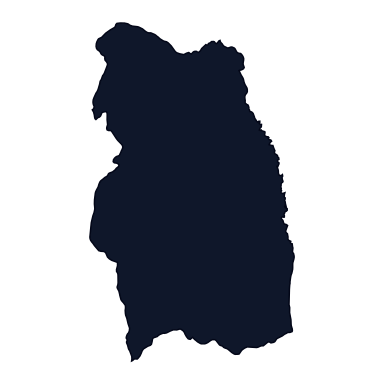 Buritis, Minas Gerais, Brazil (Equal Earth projection)
{"feature_id": "56859067B61021153009165", "entity_name": "Buritis", "entity_type": "district", "adm_level": 2, "iso_a3": "BRA", "parent_name": "Brazil", "parent_adm1": "Minas Gerais", "projection": "equal_earth", "projection_center": [-46.564, -15.44], "detail": "fine", "context": "isolated", "style": "filled", "palette": "ink", "viewbox_px": 384, "rotation_deg": 0, "n_neighbors": 0, "source": "geoboundaries", "source_scale": "gbopen_adm2", "svg_char_len": 5954}
<svg xmlns="http://www.w3.org/2000/svg" viewBox="0 0 384 384"><path d="M283.0,181.2L282.5,180.2L282.0,177.6L282.7,176.1L282.4,174.6L281.6,175.3L280.6,175.6L279.4,175.4L278.7,174.2L278.4,173.1L278.3,170.8L278.0,169.2L277.3,167.8L277.0,166.5L277.8,166.7L278.4,165.1L279.0,163.8L278.9,162.7L277.6,161.9L277.6,160.0L278.9,159.4L278.7,157.8L277.8,157.0L277.4,155.4L276.3,154.5L275.5,154.2L274.7,153.4L274.4,152.1L274.9,150.8L273.7,148.0L272.9,145.5L271.8,145.5L269.1,144.7L269.7,143.3L270.7,142.0L271.6,141.2L270.8,140.0L269.1,139.6L268.2,138.6L268.9,137.7L268.2,136.8L266.9,136.7L265.5,136.2L264.7,135.5L264.7,134.0L265.0,132.8L264.8,131.7L261.9,130.8L261.1,129.9L260.2,130.5L259.3,130.1L259.9,128.4L261.3,126.9L261.5,124.4L259.6,124.1L259.1,123.1L259.8,122.5L259.8,121.2L258.6,121.3L257.5,122.1L256.6,121.2L256.1,120.2L254.7,118.2L254.4,116.9L253.1,113.4L252.1,112.3L251.0,111.7L249.9,111.5L249.5,110.0L248.8,109.0L248.9,107.6L248.5,106.1L247.9,104.9L246.9,104.5L245.2,103.1L245.1,101.9L245.2,100.6L244.8,97.7L244.9,95.9L245.6,94.4L246.5,93.4L247.3,91.8L247.3,89.6L247.0,88.1L244.9,84.4L244.0,82.0L243.4,79.2L242.7,77.6L241.1,75.0L239.0,70.5L239.9,70.1L240.8,70.1L242.7,69.3L243.6,68.6L244.2,67.4L243.2,64.6L243.1,63.4L243.3,61.9L243.6,60.3L243.7,58.7L243.3,57.2L242.4,55.5L241.4,54.2L240.6,53.5L238.9,53.3L237.5,52.7L236.6,51.8L235.1,48.9L234.4,48.1L232.2,47.1L231.1,47.0L227.8,48.1L224.2,46.4L223.2,45.5L222.2,43.9L221.1,42.8L220.4,41.8L220.0,40.4L218.8,41.0L217.6,42.7L216.5,43.6L215.4,43.2L214.4,41.8L213.5,41.5L211.5,41.6L210.2,42.8L208.5,43.5L207.8,44.9L206.9,45.2L205.9,44.6L201.7,48.5L200.4,50.8L198.5,52.4L197.4,52.1L196.7,51.4L195.1,51.3L193.9,51.6L192.9,52.3L191.5,53.9L190.2,53.6L188.8,52.5L186.5,53.2L183.8,54.6L179.7,53.8L176.6,52.7L175.2,51.5L171.2,45.9L168.1,42.8L166.6,41.8L163.7,41.1L162.2,40.2L160.1,38.9L157.7,36.7L157.0,36.3L155.9,35.3L154.7,34.5L150.9,32.9L148.7,32.9L146.9,32.3L145.4,31.3L142.5,28.9L138.6,27.0L137.4,26.7L132.3,26.1L129.6,25.1L128.4,24.1L127.3,23.7L124.5,23.1L120.3,23.0L116.9,23.4L115.9,24.5L115.3,26.5L114.5,27.5L110.3,29.9L105.7,33.2L101.6,37.4L98.8,38.7L98.1,39.4L96.9,41.8L96.3,43.7L96.1,46.4L96.5,48.3L97.4,49.7L99.0,50.8L100.1,51.9L101.2,54.0L102.2,54.9L104.3,55.9L104.9,57.2L104.8,58.8L105.1,60.2L106.6,61.9L107.4,63.4L107.5,64.8L106.8,66.8L104.3,73.3L103.4,74.8L102.7,75.6L101.3,79.5L100.2,81.2L99.6,84.3L98.1,89.4L97.1,91.6L96.0,93.2L93.9,97.9L93.2,99.9L93.0,102.1L93.2,103.9L93.6,105.2L94.2,106.5L93.7,108.7L92.3,109.8L93.6,112.1L94.3,114.9L94.6,117.1L95.0,118.7L95.9,119.5L97.6,117.9L98.4,117.4L99.4,117.1L100.6,115.9L102.0,112.5L103.6,112.0L105.1,111.7L106.4,111.7L107.0,112.8L107.2,114.6L107.1,119.8L107.6,124.7L106.8,127.2L106.7,128.6L107.1,129.9L108.5,130.5L111.0,130.6L111.9,131.7L116.4,138.6L117.8,140.4L121.3,144.0L122.3,145.3L122.9,147.1L122.1,149.5L121.5,150.5L120.7,152.6L119.2,155.6L116.6,156.5L115.7,157.1L114.5,158.2L113.5,159.7L113.2,161.7L114.3,162.8L116.9,163.2L118.8,164.4L118.9,165.9L118.2,166.8L116.3,168.3L115.0,170.0L114.2,170.6L112.6,171.9L109.6,173.0L108.6,173.6L107.9,175.0L106.9,176.4L105.1,177.3L100.7,180.9L99.9,182.0L99.0,184.1L98.1,187.1L96.5,190.0L95.6,192.0L95.3,193.3L94.5,200.0L94.4,204.0L94.7,207.1L94.8,209.0L94.1,212.5L92.9,215.9L91.3,222.7L89.9,237.0L90.0,238.3L90.3,239.4L90.7,240.4L91.7,241.9L92.9,243.3L94.4,245.5L98.8,250.7L101.0,251.3L103.2,251.4L104.1,251.6L105.1,252.2L105.8,253.0L107.5,257.0L109.3,258.8L111.7,260.3L117.5,262.4L117.5,265.8L116.5,269.6L116.6,271.7L117.3,272.4L117.9,274.1L118.0,275.6L118.1,282.7L117.9,284.6L117.1,287.1L117.4,288.3L118.9,291.1L119.5,293.6L119.9,295.6L121.0,299.7L121.8,300.9L123.5,302.8L125.4,305.5L125.5,308.0L125.2,310.5L125.4,313.5L125.7,315.3L126.8,318.1L128.1,323.7L129.6,328.1L129.3,331.0L128.5,332.9L127.5,334.0L126.9,335.2L126.4,336.7L126.2,338.0L127.3,340.0L126.6,341.6L126.6,342.8L127.6,345.2L128.5,348.7L129.0,349.8L129.6,350.5L131.8,356.4L131.9,358.9L131.6,361.0L132.6,360.5L134.4,358.9L137.3,359.0L138.2,358.1L139.9,356.0L141.1,353.5L142.2,350.7L143.5,348.9L147.8,346.2L150.3,345.3L151.4,344.3L152.0,342.0L152.6,338.7L153.5,337.8L157.3,336.5L158.3,335.5L160.0,334.4L162.0,333.6L163.1,333.2L164.4,333.3L166.5,332.9L170.1,331.1L172.8,330.0L173.7,329.8L176.8,329.9L179.8,329.0L180.8,329.2L182.9,330.6L183.8,331.6L184.5,332.7L185.0,334.0L186.5,336.7L188.2,338.8L189.1,339.1L190.3,339.3L192.6,337.3L194.7,339.5L195.9,340.4L197.5,341.8L200.4,343.5L201.3,343.8L204.7,343.8L205.8,343.5L207.7,342.6L210.9,340.3L212.6,339.6L215.0,339.7L216.1,340.5L219.4,344.8L220.1,345.3L222.5,346.1L223.6,347.3L224.5,347.8L227.3,348.8L228.4,349.6L231.8,352.5L234.2,354.0L235.2,354.3L238.0,354.2L239.1,354.0L241.6,350.4L242.5,349.6L244.6,348.1L247.3,346.9L256.6,347.5L258.0,347.2L260.4,346.1L261.6,345.8L263.3,345.8L267.8,342.1L268.8,341.9L270.0,342.2L270.9,342.9L273.4,342.4L274.6,341.8L275.3,341.0L276.6,338.9L277.5,338.3L282.3,335.9L284.4,334.3L286.6,333.2L287.6,332.5L290.0,332.4L292.1,331.6L292.4,330.5L292.2,328.8L291.3,325.8L291.1,324.5L291.0,321.2L290.9,319.6L289.6,312.7L289.7,307.6L289.0,304.6L289.4,289.2L289.7,284.9L290.0,283.5L290.0,281.7L290.7,276.7L291.1,274.9L291.8,273.1L292.6,269.4L292.7,267.7L292.7,264.0L292.8,262.8L293.8,259.2L294.1,257.6L294.1,256.0L293.5,253.4L292.8,252.7L292.5,251.5L292.9,248.0L292.5,246.4L292.2,243.8L291.1,243.6L290.4,242.9L290.8,241.3L288.7,240.3L288.0,239.4L287.9,238.2L288.0,237.0L287.4,233.7L286.4,232.9L285.7,231.8L285.9,230.2L287.6,225.5L286.7,224.8L285.8,224.3L284.4,224.2L283.6,222.9L282.9,220.4L281.3,218.7L281.5,217.5L282.3,216.8L283.3,217.2L284.3,217.1L284.4,215.8L283.9,214.0L284.6,213.2L285.1,211.6L286.3,211.2L287.2,210.3L287.2,208.7L285.8,208.0L284.6,206.6L285.0,205.5L286.1,206.4L285.4,203.5L285.2,201.9L284.6,200.5L285.1,199.2L285.2,197.9L284.2,197.0L284.4,194.6L284.9,192.7L282.7,193.5L281.1,192.9L280.9,191.6L281.6,190.8L281.0,189.5L281.3,188.5L280.8,186.9L281.1,185.6L281.1,184.2L281.5,182.9L282.6,182.3L283.0,181.2Z" fill="#0f172a" stroke="#020617" stroke-width="1.5"/></svg>